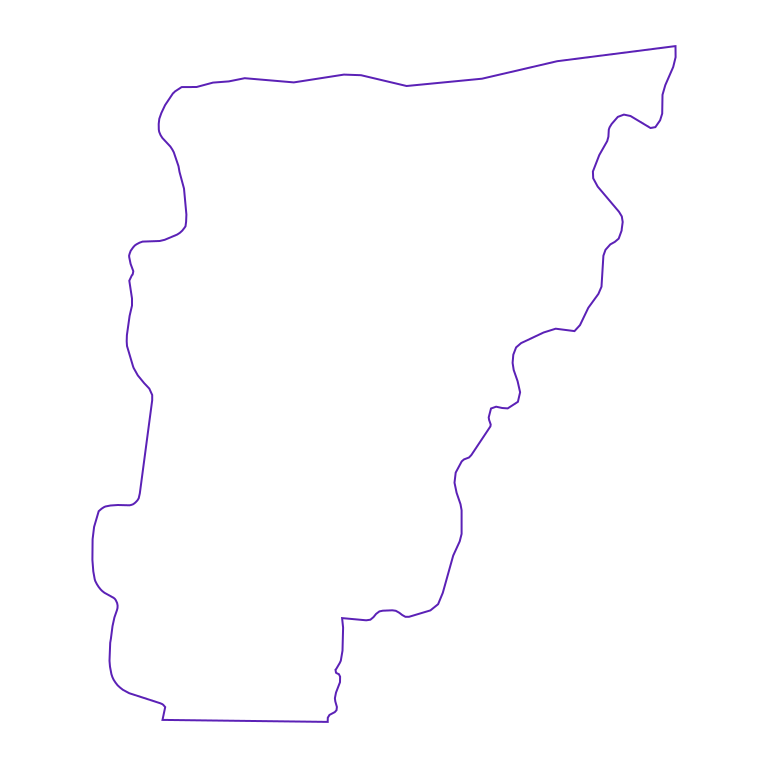 the border of Borgou
{"feature_id": "BEN-2169", "entity_name": "Borgou", "entity_type": "Department", "adm_level": 1, "iso_a3": "BEN", "parent_name": "Benin", "parent_adm1": "", "projection": "natural_earth1", "projection_center": [2.675, 9.701], "detail": "fine", "context": "isolated", "style": "outline", "palette": "violet", "viewbox_px": 768, "rotation_deg": 0, "n_neighbors": 0, "source": "natural_earth", "source_scale": "10m", "svg_char_len": 2773}
<svg xmlns="http://www.w3.org/2000/svg" viewBox="0 0 768 768"><path d="M675.5,46.1L675.6,57.2L673.2,67.0L665.3,85.1L662.5,94.8L662.2,113.6L660.1,120.3L655.4,127.1L650.5,128.0L630.5,116.0L623.9,114.6L617.8,116.9L611.7,123.9L609.6,127.3L608.8,129.6L608.4,136.7L607.2,141.1L599.3,155.0L592.9,171.5L593.2,178.3L597.7,186.6L619.0,211.8L621.8,216.4L622.7,222.0L621.8,228.6L621.6,230.6L618.7,238.6L614.8,241.9L610.3,244.4L605.5,249.8L603.4,255.7L601.5,286.7L598.4,293.9L588.3,307.8L580.0,325.1L574.5,331.1L555.7,328.7L543.6,332.5L521.1,343.1L516.1,347.4L513.3,354.7L512.6,362.9L513.7,370.0L517.6,381.2L520.1,392.3L517.9,401.8L507.7,408.4L502.2,408.0L496.1,406.7L491.0,408.5L488.7,417.4L489.1,419.9L490.7,424.5L490.4,426.4L471.3,455.1L469.0,457.5L464.0,459.4L461.7,461.4L455.7,472.6L454.5,482.7L456.6,492.8L460.5,504.2L461.6,510.3L461.6,533.9L459.7,541.4L453.2,555.6L442.8,592.8L438.1,604.2L430.4,610.4L409.0,616.8L405.4,616.8L402.2,615.0L399.2,612.7L395.8,610.8L392.4,610.3L382.8,610.7L379.4,611.4L376.1,613.9L373.5,617.1L370.4,619.7L366.2,620.3L342.1,618.1L343.1,627.7L342.5,650.7L340.8,660.7L339.8,662.9L336.2,669.0L335.5,669.7L336.0,672.7L337.3,673.5L338.9,674.2L340.1,676.7L340.0,682.2L336.0,692.6L334.9,698.2L335.3,701.4L336.9,707.0L336.5,710.2L334.8,712.1L329.5,714.9L327.8,717.7L327.7,721.5L327.7,721.9L162.5,719.9L165.2,707.1L163.3,704.9L162.4,704.2L160.4,703.3L129.2,693.2L122.9,689.8L120.1,687.6L117.6,685.3L115.5,682.6L113.6,679.7L112.4,677.1L111.4,674.1L110.0,666.7L109.5,660.8L110.2,642.8L110.9,638.7L112.5,626.2L114.4,617.5L117.0,610.0L117.5,608.0L117.6,605.6L117.1,603.0L115.8,600.2L114.8,598.8L113.7,597.9L104.5,592.8L102.2,591.0L100.7,589.5L98.7,587.0L96.9,584.2L95.3,581.1L94.7,579.2L93.3,571.4L92.4,559.9L92.6,539.2L94.1,526.9L98.7,511.2L101.6,508.7L103.9,507.2L105.4,506.5L110.5,505.5L117.8,505.0L129.6,505.3L131.3,504.9L133.0,504.3L134.3,503.4L135.5,502.4L137.4,500.4L138.7,498.3L139.8,493.5L152.2,400.2L152.2,395.0L149.3,388.6L144.2,383.2L137.8,375.4L133.6,367.9L133.0,366.2L127.0,346.0L126.7,341.3L126.9,335.1L129.6,315.9L132.0,305.6L132.0,298.5L129.3,280.7L131.9,275.2L132.1,275.1L132.6,274.6L133.0,272.9L133.3,271.2L130.6,263.9L129.2,257.1L129.1,255.6L129.7,253.5L130.7,250.8L133.1,247.4L134.8,245.5L136.5,244.3L139.5,242.7L142.6,241.6L159.7,241.0L164.7,239.8L177.1,234.6L179.9,232.8L182.3,230.6L184.4,227.9L185.5,226.3L186.1,221.8L186.4,214.6L184.0,188.6L179.5,171.9L178.5,166.2L173.8,152.3L172.3,149.5L170.4,146.6L162.4,138.0L160.6,135.2L159.4,132.4L159.1,131.4L158.8,129.6L158.7,124.0L159.3,118.8L161.4,112.9L165.1,105.1L173.0,93.3L173.9,92.6L174.9,91.5L181.6,87.1L196.6,87.0L213.0,82.6L228.8,81.4L244.7,78.2L293.8,82.4L343.9,74.6L361.0,75.2L406.6,86.0L482.0,78.7L557.2,61.2L675.4,46.1L675.5,46.1Z" fill="none" stroke="#5b21b6" stroke-width="2"/></svg>